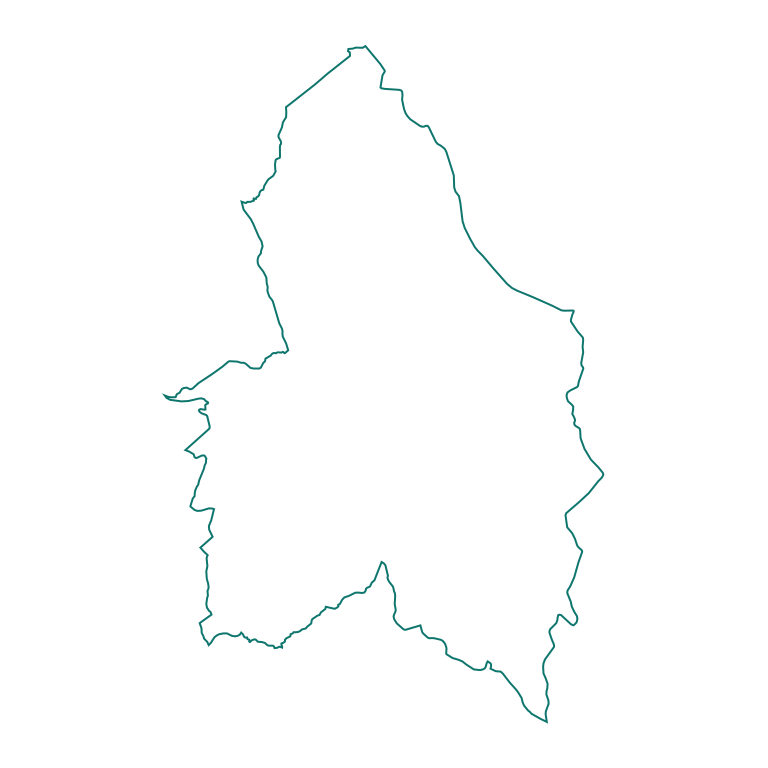 outline of An Khe, Gia Lai, Vietnam
{"feature_id": "81297802B94904539855050", "entity_name": "An Khe", "entity_type": "district", "adm_level": 2, "iso_a3": "VNM", "parent_name": "Vietnam", "parent_adm1": "Gia Lai", "projection": "orthographic", "projection_center": [108.675, 14.022], "detail": "fine", "context": "isolated", "style": "outline", "palette": "teal", "viewbox_px": 768, "rotation_deg": 0, "n_neighbors": 0, "source": "geoboundaries", "source_scale": "gbopen_adm2", "svg_char_len": 6104}
<svg xmlns="http://www.w3.org/2000/svg" viewBox="0 0 768 768"><path d="M573.6,310.8L573.0,310.5L564.1,310.7L561.3,310.3L552.6,305.9L533.5,297.4L517.0,290.6L512.0,288.0L507.0,283.8L493.7,268.8L482.8,255.9L477.6,250.6L475.0,247.4L470.1,238.8L464.7,227.9L462.6,221.3L460.3,202.6L459.0,196.2L455.5,191.6L454.2,187.5L453.8,175.5L446.4,152.0L444.8,148.9L440.7,145.6L437.7,144.0L435.8,141.8L428.9,127.4L427.7,125.9L425.9,125.8L423.9,126.7L422.0,126.7L420.1,126.0L410.4,119.4L407.5,116.2L405.6,113.3L404.2,109.5L403.2,105.3L402.1,99.5L402.5,95.5L402.3,92.5L401.7,91.0L401.1,90.4L398.8,89.8L384.9,88.9L381.4,88.3L380.5,87.4L382.5,75.3L384.7,71.6L384.7,70.6L380.3,64.0L365.4,46.1L362.6,47.8L355.8,47.6L352.8,48.6L348.4,49.0L348.0,51.1L349.8,52.4L350.0,55.9L327.5,73.7L314.7,84.7L286.0,107.2L286.3,112.0L286.1,117.2L282.9,122.4L282.0,127.2L278.5,135.2L278.5,137.0L280.8,141.3L281.1,143.0L281.0,143.9L280.2,144.9L279.9,146.8L280.0,157.1L279.6,157.9L276.4,159.2L275.6,160.2L275.0,164.6L275.3,169.9L275.7,171.3L273.2,175.8L268.7,179.1L267.5,180.5L264.3,185.8L263.3,189.7L261.5,190.2L260.5,191.1L259.7,192.3L259.1,195.1L257.9,196.6L256.6,197.2L255.9,198.9L253.7,198.5L253.5,199.1L254.0,200.2L253.7,200.7L250.2,201.9L247.2,201.9L246.3,202.9L245.0,202.9L241.6,201.7L243.6,209.6L250.9,219.3L253.2,223.8L258.8,236.8L261.5,241.4L262.6,246.3L261.0,251.2L260.9,253.3L258.5,256.5L257.8,258.7L257.6,260.5L257.8,263.3L258.7,265.6L263.3,271.6L266.3,277.4L266.8,283.8L267.7,286.8L267.4,290.3L267.9,292.7L269.4,296.7L272.1,300.1L272.9,301.6L279.3,323.4L282.0,328.7L282.6,331.5L282.4,333.5L282.8,336.7L286.1,343.4L288.2,350.3L284.9,353.2L284.1,352.9L283.4,352.1L282.6,351.9L281.5,352.6L278.0,352.3L276.9,352.6L276.1,353.2L273.7,353.0L273.0,353.3L271.9,354.0L270.7,355.6L265.5,358.6L265.0,361.3L263.2,363.0L260.9,367.6L259.3,368.5L253.5,368.5L250.5,367.9L245.7,363.7L243.8,362.8L240.8,362.7L237.3,361.6L229.6,361.2L228.6,361.5L222.4,366.7L212.8,373.6L198.4,383.2L192.5,388.6L190.4,389.3L186.4,387.6L183.6,388.1L182.0,388.9L179.5,392.8L177.1,394.0L176.2,395.4L175.9,396.8L175.3,397.2L171.0,397.3L168.1,396.8L164.8,395.5L166.5,397.8L170.0,399.8L181.5,401.4L188.5,401.0L198.7,398.6L201.6,398.4L204.0,399.1L206.3,401.5L207.4,401.8L208.1,402.6L207.9,403.4L206.4,404.1L205.2,405.2L205.5,409.5L204.7,409.7L200.5,409.1L199.3,409.6L198.9,410.6L199.6,411.8L200.9,412.8L202.0,413.5L206.2,415.0L207.2,416.1L209.7,426.6L209.4,428.6L185.4,450.1L189.0,451.5L193.6,454.2L194.6,457.2L195.7,457.9L196.6,458.0L201.7,455.6L203.7,455.4L204.4,455.6L205.1,456.3L206.4,458.8L206.0,460.0L205.9,463.0L204.7,465.3L203.9,468.8L199.2,480.3L198.2,484.7L196.9,486.6L195.5,489.7L194.8,492.6L194.6,496.2L192.8,498.4L190.5,505.8L190.5,506.6L194.7,510.0L197.4,510.9L201.1,510.7L208.9,508.4L212.1,508.5L214.0,509.1L211.2,520.4L208.9,526.0L209.2,529.7L212.6,536.8L200.4,547.6L203.9,551.6L207.7,555.2L207.1,556.3L206.6,558.3L207.4,566.1L206.3,571.4L206.8,578.8L208.2,583.8L208.6,587.4L208.2,589.4L207.5,590.8L207.9,595.8L207.1,598.0L206.3,604.1L207.0,607.7L209.1,610.9L210.6,612.1L211.5,614.6L199.7,623.1L201.5,628.3L201.7,632.8L203.5,636.4L204.0,638.5L207.2,641.8L208.7,645.1L210.9,642.8L214.5,637.2L217.0,635.3L219.2,634.2L223.5,633.4L227.0,633.4L232.0,635.9L235.0,636.3L237.1,636.0L238.5,635.4L239.8,634.7L241.2,632.6L242.8,634.2L244.2,636.9L245.3,637.6L247.1,637.5L247.5,639.1L249.2,639.7L249.3,641.6L249.7,642.0L250.2,641.9L251.4,640.5L254.0,639.4L254.9,639.4L255.7,639.6L257.8,641.7L262.2,642.1L265.0,643.0L267.4,645.2L268.3,645.6L273.0,645.7L274.0,646.5L274.5,648.1L277.1,647.8L279.2,646.8L280.6,646.9L282.1,647.6L282.2,647.0L281.3,644.0L281.6,643.3L283.1,642.9L284.9,641.6L285.0,639.8L286.3,638.3L290.3,636.3L290.6,634.2L292.6,633.5L293.6,632.2L295.4,632.3L298.3,631.9L300.0,631.1L302.1,629.4L305.7,628.5L307.2,626.7L311.2,623.5L311.6,620.8L312.3,619.1L317.5,615.6L319.5,615.0L320.9,612.4L325.3,609.0L325.8,606.8L334.7,608.8L337.0,607.6L338.3,606.5L338.2,604.8L339.8,604.1L342.2,599.7L344.4,597.4L348.6,596.0L355.3,592.7L358.3,592.6L362.2,593.0L364.5,592.4L365.7,590.5L366.0,588.8L367.3,587.6L369.6,586.8L370.3,585.9L371.8,582.6L374.4,580.4L381.6,562.0L383.8,563.3L385.4,565.3L387.9,575.6L387.5,577.8L387.9,579.3L389.1,581.7L392.8,586.4L393.3,587.7L394.1,591.5L394.9,593.1L395.2,595.9L394.7,604.1L395.7,609.6L395.6,611.1L393.8,615.4L393.6,616.7L394.3,619.4L396.8,623.4L402.8,628.7L404.1,629.6L405.5,629.8L420.4,625.4L422.1,631.8L423.0,633.3L427.6,637.5L429.2,638.2L433.5,638.1L436.3,638.7L440.9,639.8L442.5,640.7L444.3,642.6L445.3,644.4L446.2,647.0L446.5,648.5L446.2,653.6L446.6,654.3L452.5,658.0L458.9,659.9L462.5,661.5L466.4,664.6L473.8,669.4L479.1,670.0L481.1,669.9L483.4,669.2L484.8,668.3L485.7,666.8L486.7,663.1L487.7,661.4L490.4,663.3L491.0,664.3L491.1,666.0L490.5,668.7L495.8,671.2L500.5,671.6L501.3,672.1L503.1,673.9L509.7,682.5L516.0,689.5L518.3,692.6L521.6,698.0L522.7,702.5L524.1,705.7L528.1,710.5L530.1,712.1L531.4,713.7L540.6,718.9L546.8,721.9L545.6,714.0L545.9,711.2L548.6,703.8L548.4,700.4L546.4,694.5L546.5,691.4L547.3,688.3L547.6,683.9L545.8,678.6L543.5,673.4L543.1,666.6L543.5,663.4L545.0,659.4L553.9,647.1L554.1,645.6L553.7,644.0L551.6,639.0L549.5,632.8L549.5,631.1L550.2,629.2L556.3,623.1L557.4,620.0L557.6,617.5L558.2,615.2L559.2,614.7L561.1,615.1L570.8,624.1L573.1,625.3L574.0,625.0L576.3,622.7L576.8,621.7L577.4,618.8L576.9,616.1L574.2,611.7L571.8,606.6L570.7,601.5L567.3,593.2L567.5,590.6L570.2,586.4L574.2,577.4L578.5,562.2L582.2,551.8L581.9,550.4L578.2,547.0L577.1,545.3L575.0,538.9L572.2,533.2L567.2,527.3L565.5,515.2L566.2,513.2L579.3,501.9L588.9,493.0L598.3,481.2L601.9,477.5L603.2,475.1L603.2,473.7L602.5,472.4L598.4,467.4L590.9,459.6L584.5,448.9L580.6,438.3L580.1,429.8L579.4,428.3L575.4,425.8L574.4,424.5L574.2,422.7L575.0,420.7L575.0,419.6L573.8,416.6L572.3,414.0L573.1,410.1L573.2,406.4L571.5,404.4L568.0,401.2L566.9,398.2L566.6,395.4L567.0,393.5L567.8,392.2L570.2,390.5L577.0,387.1L578.0,385.9L578.8,381.6L583.3,368.6L583.1,367.5L581.6,365.5L581.2,363.2L583.2,352.3L582.6,346.9L583.2,340.0L582.8,337.5L577.6,331.5L571.0,321.6L570.9,319.9L572.4,314.5L573.7,311.7L573.6,310.8Z" fill="none" stroke="#0f766e" stroke-width="2"/></svg>